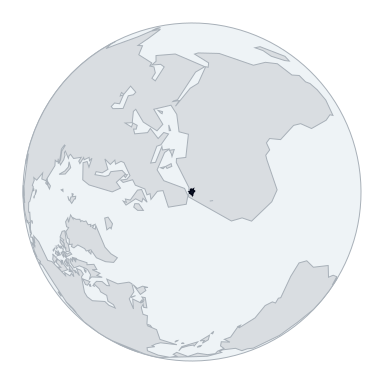 Taza - Al Hoceima - Taounate on an orthographic globe, rotated 261°
{"feature_id": "MAR-1447", "entity_name": "Taza - Al Hoceima - Taounate", "entity_type": "Region", "adm_level": 1, "iso_a3": "MAR", "parent_name": "Morocco", "parent_adm1": "", "projection": "orthographic", "projection_center": [-4.152, 34.39], "detail": "fine", "context": "on_globe", "style": "filled", "palette": "ink", "viewbox_px": 384, "rotation_deg": 261, "n_neighbors": 0, "source": "natural_earth", "source_scale": "10m", "svg_char_len": 10517}
<svg xmlns="http://www.w3.org/2000/svg" viewBox="0 0 384 384"><g transform="rotate(261 192 192)"><circle cx="192" cy="192" r="169" fill="#eef3f6" stroke="#a8b0b8"/><path d="M57.0,293.5L46.7,275.6L43.2,268.7L36.7,256.0L28.2,228.1L28.5,222.1L27.5,216.4L30.8,210.5L31.3,197.8L30.5,194.1L28.9,196.2L27.4,181.8L28.7,170.7L33.7,133.5L36.3,126.8L39.5,119.9L57.6,90.0L42.2,114.0L46.1,106.8L52.3,97.0L52.6,96.6L61.8,84.5L67.5,77.8L80.7,65.1L95.0,55.8L90.9,58.9L94.8,56.7L100.2,52.8L102.8,50.8L123.6,41.3L142.5,33.1L145.5,31.0L147.2,31.5L151.0,28.3L159.4,26.2L151.7,28.5L152.3,28.7L158.8,27.0L160.8,26.9L165.2,26.2L167.0,26.4L162.4,28.2L163.4,28.5L168.0,27.3L172.8,27.2L165.8,28.8L173.4,28.8L167.0,32.8L147.0,38.8L145.2,42.8L129.2,54.0L132.3,53.7L128.3,58.4L130.4,60.1L126.8,62.1L131.6,61.7L134.5,59.6L137.6,58.8L139.1,59.7L134.8,62.3L133.4,62.2L132.9,63.5L130.1,64.5L132.4,64.5L127.0,67.8L134.5,66.0L132.1,69.9L127.9,71.8L125.5,69.6L109.8,70.1L104.9,72.1L100.2,76.6L97.5,88.8L93.2,92.1L89.4,98.0L93.0,96.8L97.3,91.9L103.2,91.6L107.7,86.1L110.8,85.3L116.6,80.8L118.7,83.7L117.6,89.2L112.9,93.2L112.3,95.9L119.3,94.2L112.9,104.3L112.8,115.7L110.8,118.3L102.5,119.0L96.3,113.3L85.6,115.9L95.6,116.7L90.5,124.0L90.9,126.4L92.9,127.7L96.1,126.1L95.0,129.3L84.7,129.3L85.5,126.3L88.8,126.2L85.8,123.8L78.9,124.5L76.8,128.6L68.5,126.8L66.9,129.9L64.2,131.4L67.2,126.6L61.6,135.5L51.4,137.3L43.5,153.2L48.0,137.4L47.6,132.5L46.4,128.5L45.0,131.0L45.3,123.3L42.2,123.1L36.2,133.0L32.2,144.2L32.3,151.2L34.6,148.1L36.0,151.8L30.2,162.2L31.9,172.4L28.9,182.0L28.7,189.7L30.8,192.4L32.5,199.1L35.5,196.1L39.5,197.5L37.8,206.0L41.4,200.9L42.7,207.5L51.6,216.1L50.5,217.4L57.8,234.6L68.4,246.5L70.9,254.2L69.3,257.1L73.6,260.7L73.7,263.1L93.2,276.3L105.2,286.6L106.1,294.6L98.7,300.1L98.1,315.0L86.5,313.5L87.7,318.4L85.7,321.7L78.2,316.0L84.6,322.0L83.9,321.8L82.0,320.3L73.0,312.0L64.6,303.0L57.0,293.5ZM40.9,157.8L43.1,174.2L39.5,170.0L40.6,169.6L40.6,164.3L39.7,157.2L37.2,154.1L40.9,157.8ZM47.0,153.6L46.4,151.5L47.3,152.9L47.0,153.6ZM103.6,50.1L100.1,52.8L94.4,56.6L97.2,54.2L103.6,50.1ZM114.6,43.9L113.5,44.9L109.3,46.6L111.2,45.5L114.6,43.9ZM147.3,29.8L144.0,30.9L146.5,29.9L147.3,29.8ZM165.5,26.0L165.8,25.8L167.9,25.6L165.5,26.0ZM115.0,79.5L115.7,80.2L114.3,80.7L115.0,79.5ZM116.8,77.1L114.6,77.3L115.1,76.2L116.5,76.1L116.8,77.1ZM172.6,25.8L175.9,25.7L171.8,26.1L172.6,25.8ZM119.4,77.2L116.3,74.2L117.3,72.3L123.3,70.5L119.4,77.2ZM177.4,25.9L185.5,26.0L186.8,25.4L187.6,27.7L180.4,26.6L175.1,27.0L177.9,26.3L177.4,25.9ZM134.8,58.6L131.8,60.9L132.8,58.2L134.8,58.6ZM134.7,57.1L133.6,50.8L138.8,48.1L138.1,50.6L143.7,46.9L146.7,48.6L144.4,51.1L140.4,52.4L144.6,52.1L134.7,57.1ZM186.7,29.2L188.0,29.6L185.8,29.5L186.7,29.2ZM138.9,58.3L138.2,57.1L142.6,54.7L144.8,56.6L142.7,56.8L138.9,58.3ZM143.6,45.1L147.3,43.9L150.8,44.9L152.7,44.6L147.2,48.4L143.6,45.1ZM142.5,57.8L145.8,57.7L145.1,59.8L139.9,59.3L142.5,57.8ZM142.9,53.3L145.1,52.3L144.6,53.5L142.9,53.3ZM144.5,67.4L143.6,65.8L145.8,64.4L144.5,67.4ZM147.1,57.6L147.3,56.9L148.1,56.2L150.1,56.6L147.1,57.6ZM150.1,49.0L150.8,49.8L152.5,47.5L155.2,48.3L151.0,50.9L154.0,50.2L154.8,50.5L150.5,52.2L150.1,49.0ZM154.5,55.1L150.2,59.0L151.4,62.2L149.4,63.5L147.8,58.2L154.5,55.1ZM152.5,53.2L153.3,54.6L150.5,55.4L148.2,54.9L152.5,53.2ZM158.5,48.1L155.4,46.1L156.4,45.6L158.5,48.1ZM155.4,55.8L156.4,54.9L155.8,56.0L155.4,55.8ZM158.2,50.2L157.0,49.5L158.1,49.0L158.2,50.2ZM159.5,53.8L158.1,54.9L156.5,54.6L159.5,53.8ZM159.3,52.0L161.2,51.5L156.8,53.7L158.6,51.8L159.3,52.0ZM159.5,49.9L159.8,49.4L159.8,50.3L159.5,49.9ZM166.3,54.6L161.1,57.5L157.6,56.6L163.1,53.9L166.3,54.6ZM225.1,26.3L223.6,26.2L207.4,25.1L214.5,25.4L214.8,25.9L218.5,26.4L223.4,26.9L222.8,26.6L240.2,31.6L255.6,36.4L250.0,33.7L250.6,33.6L255.9,35.6L266.6,40.4L277.0,46.0L287.0,52.3L296.6,59.3L295.5,58.5L302.8,64.5L303.7,65.2L312.5,73.6L320.7,82.5L328.2,92.0L335.0,102.0L341.1,112.5L346.4,123.4L350.9,134.7L350.5,133.5L352.7,140.2L350.7,135.1L347.1,129.5L349.2,139.2L353.7,162.6L357.3,176.7L357.6,186.3L350.7,173.2L345.2,161.5L344.2,166.0L335.9,160.9L325.8,172.4L323.0,170.0L321.5,174.0L315.4,174.4L310.6,170.2L307.5,173.1L319.9,184.1L323.0,181.0L323.7,172.1L326.7,176.9L332.4,177.8L330.9,197.1L313.8,224.2L309.9,214.3L285.4,192.1L284.9,188.2L284.7,187.8L284.3,187.2L284.3,193.8L279.3,189.1L294.8,206.5L298.4,215.1L313.6,225.1L312.7,227.5L317.0,228.6L327.8,216.1L328.4,219.8L324.6,240.5L307.6,272.5L308.6,284.8L305.3,296.4L291.9,309.0L290.3,316.1L283.0,321.4L280.7,325.5L273.3,331.7L261.9,338.5L245.6,343.2L246.7,340.3L241.9,335.7L236.0,320.0L242.5,310.0L241.9,302.8L229.9,287.7L232.7,277.0L228.9,273.2L221.4,275.3L216.8,270.6L212.0,271.0L180.8,276.4L169.9,269.3L153.9,246.3L158.6,237.4L157.2,226.4L187.7,187.9L196.8,189.7L223.7,181.1L227.5,181.9L227.1,191.3L249.6,197.5L253.5,188.6L271.1,189.1L281.0,184.8L279.7,167.2L263.4,173.8L257.9,167.0L268.7,154.8L282.5,149.4L280.8,146.7L269.8,143.8L270.6,136.7L265.7,142.4L269.4,144.4L266.4,148.3L262.8,146.7L263.3,144.1L258.4,144.5L257.6,157.4L261.3,160.8L250.1,166.9L255.2,173.4L253.0,177.9L243.5,168.7L242.7,164.4L227.1,155.7L227.0,160.6L241.7,169.4L238.1,169.4L238.1,176.8L235.3,171.1L219.3,161.0L207.6,165.9L196.7,185.2L189.1,187.4L180.8,184.4L180.7,166.3L197.9,163.6L198.1,157.9L191.1,150.3L196.9,150.3L196.2,147.1L202.4,145.9L207.6,137.1L213.4,135.3L212.2,125.5L214.9,123.4L214.8,129.7L217.9,133.3L231.7,129.4L233.4,126.7L231.5,120.8L235.6,120.8L232.0,115.6L238.3,111.1L227.5,112.5L225.0,106.3L227.1,100.5L224.3,98.9L221.0,108.6L221.4,112.3L224.8,115.0L224.3,126.3L220.2,129.1L213.5,118.8L207.0,122.0L204.6,113.2L215.1,91.4L221.1,86.0L238.0,89.0L238.5,93.2L232.6,94.1L241.0,98.5L238.9,95.6L242.3,95.8L240.7,90.5L243.0,90.4L237.6,85.7L240.2,85.0L243.6,88.0L243.6,80.3L248.2,77.9L247.1,76.3L244.6,75.2L252.2,73.3L251.0,72.2L248.1,72.3L243.9,70.3L239.4,66.3L242.3,65.8L244.3,67.2L252.8,69.8L257.7,74.0L258.4,73.4L254.8,69.7L244.4,66.5L240.9,64.3L245.8,65.1L243.8,64.6L242.9,63.4L244.8,61.9L239.4,60.7L226.1,49.3L228.4,45.7L234.2,47.5L228.0,40.5L231.0,38.0L228.3,38.0L223.5,35.3L222.5,36.0L220.8,35.8L208.1,30.3L207.3,29.1L198.7,27.6L197.3,27.8L197.4,28.6L187.6,27.7L186.8,25.4L190.0,25.1L187.4,24.3L195.0,24.0L200.2,23.7L210.1,24.6L213.3,24.7L211.8,24.4L215.1,24.6L225.1,26.3ZM180.3,208.1L180.2,211.5L180.3,208.1ZM299.4,152.1L306.2,147.9L299.2,140.0L301.3,137.9L298.1,136.1L298.7,139.5L290.5,134.3L292.0,129.4L289.1,125.6L286.7,126.9L285.3,137.0L297.0,144.1L297.2,149.3L299.4,152.1ZM52.0,216.3L52.8,219.0L51.2,217.6L52.0,216.3ZM37.9,172.7L38.9,174.8L39.0,177.2L38.0,176.1L37.9,172.7ZM49.3,188.9L51.0,191.7L48.7,190.2L49.3,188.9ZM43.7,176.6L47.9,186.9L43.5,185.0L41.0,178.6L43.4,181.0L43.7,176.6ZM44.1,157.6L44.5,159.4L43.6,160.6L44.1,157.6ZM47.6,154.8L47.3,154.4L47.6,152.6L47.6,154.8ZM91.1,124.0L91.9,124.1L93.4,125.9L91.6,126.2L91.1,124.0ZM106.7,128.5L104.6,133.6L104.9,130.0L101.9,131.0L98.9,125.0L109.7,119.4L105.3,122.9L106.7,128.5ZM97.8,115.9L98.5,120.0L97.3,115.8L97.8,115.9ZM186.2,132.1L189.4,133.7L188.7,137.6L181.4,141.1L182.4,135.4L186.2,132.1ZM194.1,135.3L189.4,124.8L193.8,122.6L192.1,125.5L195.5,125.1L193.7,129.8L202.4,138.5L202.3,142.6L188.9,146.1L193.4,142.5L190.0,140.9L194.1,135.3ZM169.9,105.6L167.9,102.0L179.9,101.7L180.3,105.1L173.1,108.5L168.3,106.4L169.9,105.6ZM130.7,75.1L129.2,74.5L130.4,73.7L132.6,73.5L130.7,75.1ZM143.9,66.8L138.6,77.2L136.6,76.9L135.9,83.8L130.3,85.9L130.9,81.3L126.1,88.4L124.5,85.0L121.8,90.0L123.8,79.5L122.1,77.1L126.1,78.9L131.3,76.9L133.0,75.3L136.7,69.3L135.6,63.7L140.6,61.2L144.4,61.0L145.4,62.0L141.8,63.2L145.7,63.6L141.4,66.2L143.9,66.8ZM185.9,65.3L181.3,65.3L188.4,68.5L184.1,70.3L185.2,70.5L183.2,73.2L182.6,77.0L180.2,77.4L181.0,78.7L179.7,80.7L180.0,82.7L175.9,84.3L175.9,87.0L173.9,86.3L175.1,90.6L172.4,88.1L170.4,90.7L174.1,91.7L151.1,97.4L143.6,102.3L138.7,108.0L134.7,103.6L136.7,95.7L142.0,87.3L149.8,83.5L146.6,82.4L149.4,80.4L150.7,82.1L150.3,78.3L152.9,77.1L157.6,70.9L155.3,66.6L157.0,64.4L159.2,65.5L159.3,62.6L164.7,63.3L166.0,61.9L172.6,61.3L176.1,64.6L177.3,62.7L182.4,62.5L185.9,65.3ZM168.2,54.6L173.5,57.6L173.7,60.3L162.1,60.2L160.2,61.5L152.8,62.0L152.6,58.3L154.7,58.4L156.8,57.7L156.0,59.1L158.1,57.5L161.2,57.8L163.6,56.6L164.7,57.9L168.2,54.6ZM230.2,177.8L232.9,177.6L236.7,176.3L236.7,181.1L230.2,177.8ZM219.2,171.0L221.4,170.0L223.3,175.8L220.5,176.1L219.2,171.0ZM220.9,164.7L221.3,169.5L219.5,167.1L220.9,164.7ZM216.7,128.5L218.8,127.3L219.6,128.5L219.2,130.9L216.7,128.5ZM206.0,76.5L203.4,75.8L203.6,74.9L199.6,71.4L202.5,70.0L206.0,71.6L206.0,76.5ZM277.9,171.2L276.0,175.5L274.0,174.7L275.1,173.3L277.9,171.2ZM256.1,179.1L261.9,179.5L256.0,180.5L256.1,179.1ZM208.5,74.4L206.5,73.1L209.2,73.3L208.5,74.4ZM204.4,68.9L207.3,68.7L202.4,69.5L204.4,68.9ZM324.9,281.9L311.5,305.0L306.1,308.6L307.3,304.2L313.7,291.5L320.6,284.2L324.6,276.8L324.9,281.9ZM357.7,177.6L359.4,183.2L359.3,186.6L357.7,177.6ZM230.3,63.5L232.6,69.6L236.1,73.8L241.1,75.3L235.0,76.0L229.6,69.6L230.3,63.5ZM226.4,51.0L222.0,50.0L223.2,49.0L224.3,49.1L226.4,51.0ZM224.2,51.4L220.2,53.1L217.3,51.7L221.0,50.6L224.2,51.4ZM214.6,63.1L215.0,64.9L212.8,64.7L214.6,63.1ZM252.3,34.2L248.7,33.0L245.9,32.2L248.1,32.6L252.3,34.2ZM189.3,29.2L188.1,29.6L188.0,29.1L189.3,29.2ZM220.4,36.3L218.1,36.0L218.0,35.2L220.4,36.3ZM211.7,34.9L213.4,36.0L210.5,35.0L211.7,34.9ZM217.4,38.6L213.5,36.5L219.0,38.3L217.4,38.6Z" fill="#d9dde1" stroke="#a8b0b8" stroke-width="1"/><path d="M191.2,189.7L191.5,189.8L191.6,189.7L192.1,189.6L192.3,189.5L192.5,189.5L192.6,189.4L192.6,189.5L192.8,189.6L192.8,189.8L192.8,190.4L192.9,190.5L193.0,190.6L193.3,190.7L193.3,190.8L193.3,191.0L193.3,191.3L193.5,191.4L193.9,191.1L194.0,191.0L194.0,190.9L194.3,190.8L194.8,191.1L194.9,191.3L194.7,191.3L194.6,191.6L194.6,191.8L194.4,191.9L194.3,192.0L194.5,192.4L194.6,192.5L194.6,192.9L194.5,193.0L194.3,193.1L194.3,193.3L194.6,193.8L194.0,193.6L193.9,193.6L193.7,193.4L193.5,193.5L193.4,193.6L193.1,193.9L193.1,194.0L192.9,194.2L192.8,194.3L192.7,194.6L192.4,194.5L192.2,194.5L192.2,194.4L192.2,194.1L192.1,193.8L192.0,193.7L191.9,193.5L191.9,193.4L191.7,193.4L191.5,193.5L191.3,193.4L191.2,193.4L191.0,193.2L190.9,193.0L190.6,192.9L190.5,192.7L190.4,192.6L190.2,192.5L190.2,192.4L189.8,192.3L189.7,192.3L189.6,192.2L189.2,192.3L188.9,192.3L188.8,192.1L188.7,192.0L188.8,192.0L189.1,191.8L189.2,191.7L189.3,191.6L189.5,191.4L189.5,191.1L189.6,190.9L189.8,190.8L190.0,190.8L190.1,190.7L190.4,190.7L190.5,190.6L190.7,190.4L190.8,190.4L191.0,190.3L191.1,190.2L191.2,189.9L191.2,189.7L191.2,189.7Z" fill="#0f172a" stroke="#020617" stroke-width="1.5"/></g></svg>